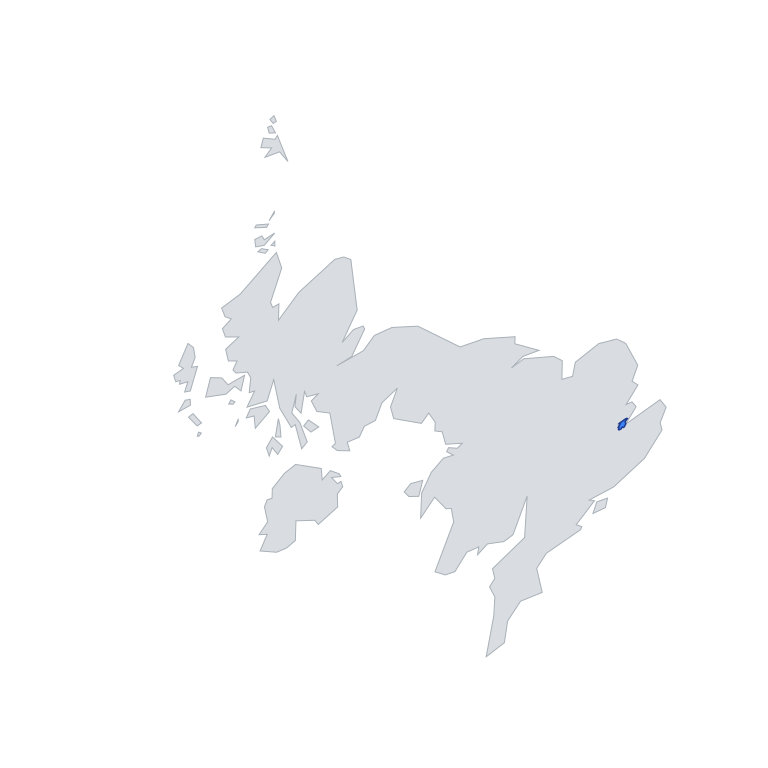 Thurrock on a map of United Kingdom (Equal Earth projection), rotated 317°
{"feature_id": "GBR-2676", "entity_name": "Thurrock", "entity_type": "Unitary Authority", "adm_level": 1, "iso_a3": "GBR", "parent_name": "United Kingdom", "parent_adm1": "", "projection": "equal_earth", "projection_center": [0.371, 51.502], "detail": "fine", "context": "in_parent", "style": "filled", "palette": "blue", "viewbox_px": 768, "rotation_deg": 317, "n_neighbors": 0, "source": "natural_earth", "source_scale": "10m", "svg_char_len": 4251}
<svg xmlns="http://www.w3.org/2000/svg" viewBox="0 0 768 768"><g transform="rotate(317 384 384)"><path d="M412.4,563.5L375.6,582.2L364.3,581.0L350.6,571.5L336.0,572.7L342.2,567.8L329.9,563.5L307.9,569.6L298.6,565.4L293.2,556.1L340.9,532.4L348.3,521.0L344.3,517.5L343.8,501.3L319.3,507.1L337.2,489.4L358.5,480.8L376.8,478.8L386.3,483.3L383.6,476.3L387.8,474.6L393.8,481.0L400.8,480.7L388.0,470.1L394.0,458.7L389.2,453.0L395.4,446.9L396.9,435.8L384.5,438.3L367.5,415.9L373.1,405.2L391.0,396.1L369.8,396.3L352.8,404.8L340.8,401.5L329.7,406.0L317.5,401.5L313.4,409.5L304.5,400.9L303.2,394.4L308.0,394.3L324.6,368.3L316.2,358.3L319.3,346.8L329.2,346.3L318.8,340.7L320.8,335.3L303.4,348.8L303.4,339.9L313.0,331.6L296.8,342.3L296.2,354.8L288.4,373.9L279.6,375.3L291.4,353.1L286.6,352.6L291.2,330.7L306.3,305.6L287.0,316.7L268.0,307.5L284.6,300.9L279.5,298.4L290.8,288.6L292.3,282.2L283.3,275.1L283.2,270.7L292.2,266.9L285.9,261.0L291.9,250.6L309.9,250.6L300.1,241.5L303.5,233.4L316.7,232.2L313.7,226.4L317.0,217.7L340.0,220.2L395.0,214.4L388.3,229.4L356.7,246.9L354.7,252.1L361.8,253.7L350.3,265.4L384.2,258.9L433.0,259.3L441.2,263.7L444.6,270.4L414.8,311.6L381.7,325.1L398.9,323.4L408.3,327.4L407.3,330.6L379.1,341.9L361.8,338.5L391.7,345.6L410.1,341.9L428.4,348.1L448.2,364.8L464.9,408.8L487.9,419.0L512.1,438.8L507.1,443.8L520.3,465.1L504.3,458.5L488.1,459.2L503.3,460.8L526.8,479.4L530.3,488.5L517.3,501.9L527.1,507.0L538.8,498.6L568.6,500.9L584.8,509.8L588.5,519.1L582.4,543.3L567.3,551.2L569.1,557.9L547.1,564.1L553.2,566.2L552.9,572.5L533.2,578.2L575.2,583.7L574.5,593.4L559.6,600.6L556.0,607.2L523.9,616.0L481.7,615.9L454.9,608.8L458.3,612.9L428.6,618.0L431.4,623.3L428.3,624.6L387.3,618.5L369.9,623.0L357.6,644.3L335.8,636.0L312.8,641.6L295.6,655.3L272.7,653.2L306.2,628.4L319.9,615.3L322.8,604.4L332.5,601.7L337.4,593.1L382.1,592.2L412.4,563.5ZM266.3,442.3L240.2,441.9L240.5,436.5L226.3,424.0L212.4,438.0L200.8,437.5L190.7,433.8L179.5,421.6L196.0,414.3L189.9,409.0L204.9,405.5L212.8,392.3L219.5,389.0L224.2,391.2L230.9,384.4L250.4,381.4L264.5,382.6L280.5,403.0L273.4,412.0L285.7,410.8L290.0,419.2L289.3,422.2L281.8,416.6L282.0,425.2L286.1,425.8L283.8,430.9L274.7,432.7L266.3,442.3ZM269.5,227.4L264.0,235.8L254.6,240.4L259.6,243.9L237.6,257.0L232.7,253.9L242.1,248.6L234.3,244.7L237.3,242.5L233.3,240.3L236.1,234.2L248.0,235.8L246.4,230.4L268.3,220.7L269.5,227.4ZM269.5,268.9L269.4,278.2L288.0,282.5L274.7,291.5L273.2,283.8L261.6,283.7L244.6,272.0L261.4,261.0L269.5,268.9ZM463.4,121.9L471.3,130.8L475.5,129.5L465.5,155.7L466.0,143.0L451.5,137.0L462.8,134.7L455.2,127.2L463.4,121.9ZM281.5,326.1L259.7,328.6L267.2,318.8L260.1,314.9L269.1,311.1L282.6,318.8L281.5,326.1ZM335.7,475.1L346.6,480.9L332.8,489.9L325.5,483.3L325.2,476.7L335.7,475.1ZM266.3,346.7L267.3,360.4L258.3,363.0L258.8,354.2L250.9,358.4L254.5,350.5L266.3,346.7ZM395.7,192.4L394.8,196.8L407.0,199.1L390.9,200.9L383.7,196.2L388.0,190.2L395.7,192.4ZM307.0,370.9L297.8,369.3L296.6,359.9L304.2,358.7L307.0,370.9ZM469.7,619.9L461.7,625.4L448.5,621.2L459.2,615.4L469.7,619.9ZM272.5,352.5L268.5,348.6L283.1,337.3L279.9,343.0L272.5,352.5ZM227.5,260.3L231.8,263.0L228.0,267.5L214.8,264.2L227.5,260.3ZM224.0,288.0L218.8,287.2L218.4,275.0L224.1,275.4L224.0,288.0ZM475.9,126.3L471.1,122.2L474.0,116.9L477.9,118.4L475.9,126.3ZM408.6,188.2L405.1,189.4L396.0,181.7L399.0,180.6L408.6,188.2ZM390.8,206.8L386.3,207.4L381.9,201.3L386.7,201.5L390.8,206.8ZM486.5,112.7L484.4,118.5L480.7,117.9L481.0,112.7L486.5,112.7ZM420.5,184.2L411.3,186.2L421.4,183.0L420.5,184.2ZM262.8,295.4L260.0,295.9L256.7,292.8L261.2,291.2L262.8,295.4ZM401.5,205.2L398.3,208.6L396.0,205.5L401.5,205.2ZM251.7,312.1L246.1,313.7L253.7,310.1L251.7,312.1ZM216.9,295.3L213.3,296.0L211.8,295.0L215.5,292.7L216.9,295.3Z" fill="#d9dde1" stroke="#a8b0b8" stroke-width="1"/><path d="M538.4,575.4L537.5,575.4L534.5,576.1L534.3,576.4L534.2,577.0L533.9,577.6L533.4,578.1L532.8,578.4L532.1,578.6L531.5,578.9L530.8,579.1L530.3,579.2L529.5,579.1L529.2,578.7L528.9,578.1L528.2,578.1L526.9,578.5L524.7,577.9L524.4,577.5L524.5,577.1L524.7,576.9L525.5,576.4L525.7,575.3L526.8,575.5L527.1,574.9L529.5,574.2L528.8,573.3L530.3,573.3L533.3,573.8L535.6,574.0L537.6,574.5L538.3,574.8L538.4,575.4Z" fill="#3b82f6" stroke="#1e3a8a" stroke-width="1.5"/></g></svg>